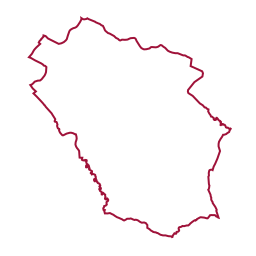 Vulcana-Pandele, Dâmbovita, Romania (Mercator projection), rotated 183°
{"feature_id": "2599482B55565762838065", "entity_name": "Vulcana-Pandele", "entity_type": "district", "adm_level": 2, "iso_a3": "ROU", "parent_name": "Romania", "parent_adm1": "Dâmbovita", "projection": "mercator", "projection_center": [25.375, 45.036], "detail": "fine", "context": "isolated", "style": "outline", "palette": "rose", "viewbox_px": 256, "rotation_deg": 183, "n_neighbors": 0, "source": "geoboundaries", "source_scale": "gbopen_adm2", "svg_char_len": 5687}
<svg xmlns="http://www.w3.org/2000/svg" viewBox="0 0 256 256"><g transform="rotate(183 128 128)"><path d="M180.3,235.3L180.2,234.9L180.4,233.6L181.4,231.4L183.5,227.8L184.8,226.2L186.1,225.4L187.9,224.8L189.9,223.6L191.2,222.4L191.7,221.3L192.9,217.2L193.8,213.5L194.7,212.2L196.6,210.4L199.0,209.1L201.6,208.4L212.6,213.2L215.1,215.5L217.2,216.0L217.2,215.7L217.4,214.8L218.0,213.9L217.9,213.9L219.4,212.2L219.3,211.9L220.2,211.0L220.9,210.2L221.6,208.6L220.1,207.4L223.7,203.7L225.2,201.9L226.1,200.6L227.8,197.1L230.6,193.5L228.7,192.9L224.4,190.7L218.1,188.0L216.2,186.9L215.5,186.0L214.0,185.7L212.7,184.6L212.8,179.5L213.3,177.8L214.0,176.1L216.6,172.4L217.4,171.6L218.4,170.8L220.5,170.6L223.6,169.4L224.9,167.8L226.2,166.5L227.8,165.8L225.2,162.5L221.9,159.7L224.2,157.6L220.8,154.6L216.1,150.1L213.7,147.7L213.1,146.8L212.5,146.5L211.2,144.8L205.0,138.6L204.3,137.5L201.1,133.0L201.5,131.6L201.6,130.9L201.3,130.5L199.8,130.3L199.5,130.0L198.8,128.2L198.6,127.6L198.9,126.9L198.8,125.9L198.0,124.0L196.7,123.5L196.5,123.1L196.7,121.9L195.7,119.9L193.7,117.8L193.1,117.3L192.4,117.3L191.6,117.7L189.0,119.2L185.9,120.2L184.5,120.3L182.5,119.9L181.8,119.5L180.9,119.3L180.7,119.0L179.7,118.9L179.0,116.7L178.7,114.8L178.9,113.3L179.5,111.2L179.6,109.3L179.6,108.7L179.0,107.1L178.7,106.5L177.8,105.2L176.5,103.8L175.6,102.5L174.8,95.9L174.0,95.8L172.1,95.9L172.4,93.9L172.2,93.7L171.4,93.4L170.9,93.5L170.3,93.2L170.0,93.2L169.2,93.9L167.9,93.8L167.6,93.6L167.5,92.9L168.1,92.2L167.5,90.5L166.9,89.9L166.3,89.5L166.7,89.0L167.8,88.4L167.9,87.1L167.8,86.6L167.3,86.5L166.6,86.7L166.2,87.4L165.1,88.0L164.3,85.6L164.8,85.3L164.8,85.1L164.5,84.4L162.7,83.6L162.3,83.3L161.9,83.2L161.7,82.9L161.6,82.2L161.8,81.7L162.7,81.4L162.8,81.3L162.8,81.0L162.1,80.7L161.9,80.5L161.8,79.8L161.7,79.7L160.8,80.3L160.5,80.2L158.9,79.8L158.3,79.4L158.0,78.0L157.6,77.5L157.7,76.6L157.5,76.3L157.4,75.8L157.6,75.6L158.9,75.3L159.1,75.1L159.2,74.9L159.2,74.4L159.2,74.2L158.8,74.0L158.3,74.0L158.2,73.9L158.5,73.1L158.3,73.0L156.9,74.2L156.7,74.2L156.2,72.6L155.5,72.3L155.4,72.1L155.3,71.5L154.9,71.3L153.8,71.0L153.5,70.8L153.2,70.0L152.8,69.5L152.7,69.3L152.7,69.1L153.5,68.2L153.4,68.0L153.3,67.8L152.5,67.3L152.1,66.8L151.9,66.3L151.9,65.9L152.0,65.7L152.8,66.0L153.2,66.0L153.5,65.6L153.5,65.3L153.2,65.0L152.7,63.8L152.5,63.6L151.8,63.1L151.1,63.0L150.8,62.1L150.9,61.6L150.9,61.0L150.8,60.3L150.3,60.2L150.1,60.4L149.7,60.9L149.6,61.8L149.3,61.9L148.2,60.8L147.3,60.3L147.3,59.1L146.9,58.1L147.3,56.6L147.3,56.3L147.2,56.0L146.6,55.6L146.0,55.5L145.8,55.6L145.5,56.5L145.1,56.6L144.7,56.3L144.0,55.2L144.0,54.8L144.4,53.8L145.4,53.2L145.5,53.0L145.6,52.1L145.2,50.4L145.7,50.0L146.2,49.3L147.7,48.8L147.8,47.9L148.0,47.2L148.5,46.6L148.4,45.9L148.1,44.9L146.9,44.8L147.0,44.5L147.2,44.3L147.4,44.0L146.6,41.5L144.1,41.6L141.6,42.1L138.9,40.9L138.0,40.6L136.9,39.8L134.2,38.3L132.8,37.9L128.9,36.4L128.2,35.9L127.3,35.5L126.9,35.5L125.2,36.5L124.2,37.3L121.6,37.5L120.6,37.8L119.8,37.6L118.1,36.9L116.6,36.5L115.7,36.8L114.5,36.7L113.1,36.2L111.3,35.0L109.5,34.2L108.8,34.2L107.0,34.5L105.3,34.0L103.6,32.1L103.5,29.3L101.4,28.2L99.7,26.8L97.6,25.8L97.4,25.5L95.3,25.2L94.9,25.3L93.6,24.7L93.0,24.7L90.0,23.1L87.5,22.6L84.8,22.7L82.0,22.1L78.6,22.0L77.9,20.6L78.0,21.1L77.6,23.0L76.5,24.6L76.3,25.1L76.1,25.3L75.2,24.9L74.4,25.0L74.2,25.4L74.2,26.3L74.1,26.7L73.8,26.9L72.7,27.0L72.4,27.2L71.6,28.1L71.6,28.7L72.2,30.0L72.0,31.2L71.3,31.7L70.9,31.7L69.3,32.3L68.6,33.0L66.9,32.9L64.1,33.8L62.8,33.8L61.5,34.9L61.0,35.7L58.9,37.6L57.1,39.0L55.9,39.6L55.6,39.5L55.5,39.3L54.6,40.0L54.4,40.6L51.5,42.4L50.7,42.7L47.1,42.5L45.4,42.1L44.2,41.9L43.6,42.1L43.0,43.0L42.0,44.2L41.9,44.7L41.5,45.2L40.1,45.4L36.8,45.5L36.4,45.4L35.3,44.3L33.8,43.8L33.3,43.3L32.9,43.2L35.5,49.9L35.2,50.5L35.2,51.1L36.7,53.8L39.5,57.5L39.6,58.4L40.8,60.1L41.2,61.2L41.2,62.8L41.8,64.0L42.1,65.7L44.6,70.5L44.3,70.8L43.9,72.4L43.7,74.9L44.0,75.3L44.3,76.5L45.2,83.6L44.9,84.2L44.7,84.9L45.0,87.2L44.7,89.4L44.3,90.2L43.3,90.6L42.1,90.8L41.3,90.4L40.4,94.0L39.1,96.8L37.1,102.2L34.9,109.8L36.6,114.4L36.7,116.9L36.4,119.0L35.1,121.7L33.5,124.3L32.7,126.2L31.6,126.3L29.6,127.1L28.7,128.0L26.8,129.3L26.4,130.8L25.4,132.6L25.8,132.9L27.0,132.6L27.4,132.8L28.4,133.6L29.6,133.5L30.2,133.8L31.0,135.5L31.6,136.2L32.4,136.2L32.7,136.6L33.4,136.9L33.9,136.9L34.1,136.3L34.6,136.3L35.4,135.7L35.7,135.8L35.7,136.8L35.4,138.8L35.6,139.1L36.3,139.2L36.2,139.6L36.4,139.9L37.5,140.3L38.3,141.0L38.7,141.7L39.8,142.8L40.2,142.8L40.6,142.1L40.5,141.0L41.1,140.6L42.1,140.5L42.8,141.1L42.7,142.2L44.7,143.7L45.7,143.8L46.3,145.2L47.5,146.6L48.8,148.8L48.7,149.5L48.6,150.2L48.6,150.8L49.9,151.2L51.4,152.5L52.6,152.6L54.5,154.6L57.5,156.3L65.1,163.5L68.5,165.4L69.6,166.1L70.1,167.5L70.0,169.1L64.1,177.3L56.4,183.3L56.0,186.6L56.9,188.5L68.7,193.1L68.1,200.2L71.3,201.9L72.1,202.0L74.4,203.3L75.3,203.5L76.5,203.4L77.0,203.5L82.3,205.3L84.8,205.2L87.7,205.6L90.4,206.4L92.3,207.3L95.1,210.0L96.9,211.0L98.6,212.3L99.4,212.5L100.0,212.5L102.1,210.8L103.6,210.2L104.7,210.0L108.2,210.1L109.1,210.0L109.8,209.5L110.6,208.6L111.9,208.2L114.0,207.6L116.0,207.4L116.6,207.5L118.0,208.1L119.0,208.7L120.4,210.3L124.0,215.4L124.9,217.2L125.3,217.7L125.8,218.0L126.7,218.3L130.2,217.8L132.2,216.8L132.8,216.4L133.5,216.2L135.6,215.9L138.6,215.9L140.1,215.1L140.5,215.0L140.8,215.1L141.6,215.5L142.5,216.4L144.8,217.4L146.7,219.1L151.4,221.4L152.8,221.7L153.1,221.9L155.5,223.7L156.0,224.3L156.3,224.7L157.1,226.5L158.4,228.7L159.9,229.2L161.7,230.5L162.4,230.7L162.6,230.7L166.0,232.0L166.4,232.4L173.1,234.7L174.4,235.4L174.9,234.9L175.3,234.7L177.4,234.2L178.5,234.3L180.3,235.3Z" fill="none" stroke="#9f1239" stroke-width="2"/></g></svg>